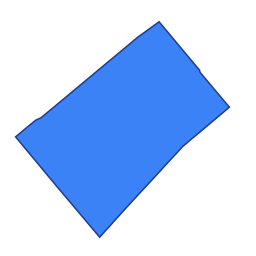 the district of Delaware, Oklahoma, United States of America, rotated 50°
{"feature_id": "52423323B24227440856530", "entity_name": "Delaware", "entity_type": "district", "adm_level": 2, "iso_a3": "USA", "parent_name": "United States of America", "parent_adm1": "Oklahoma", "projection": "orthographic", "projection_center": [-94.691, 36.416], "detail": "fine", "context": "isolated", "style": "filled", "palette": "blue", "viewbox_px": 256, "rotation_deg": 50, "n_neighbors": 0, "source": "geoboundaries", "source_scale": "gbopen_adm2", "svg_char_len": 695}
<svg xmlns="http://www.w3.org/2000/svg" viewBox="0 0 256 256"><g transform="rotate(50 128 128)"><path d="M62.5,219.8L125.0,220.1L193.5,219.9L192.6,213.9L192.3,212.0L191.0,202.2L190.8,201.2L190.0,195.3L189.9,194.3L189.8,194.0L189.6,191.7L189.0,188.2L187.0,173.2L186.6,170.0L185.1,158.3L184.5,153.5L182.6,138.3L181.9,133.1L181.8,131.9L180.9,125.9L179.1,111.6L178.5,106.3L178.0,103.1L177.3,97.9L177.3,92.3L177.3,91.3L177.2,85.3L177.3,84.7L177.3,84.3L177.3,72.9L177.3,69.6L177.3,61.9L177.3,59.1L177.3,57.0L177.2,37.0L131.7,37.0L129.6,36.0L112.6,36.0L66.6,35.9L64.7,62.3L64.6,94.0L64.3,177.7L64.2,188.1L62.7,193.6L62.6,198.9L62.5,219.8Z" fill="#3b82f6" stroke="#1e3a8a" stroke-width="1.5"/></g></svg>